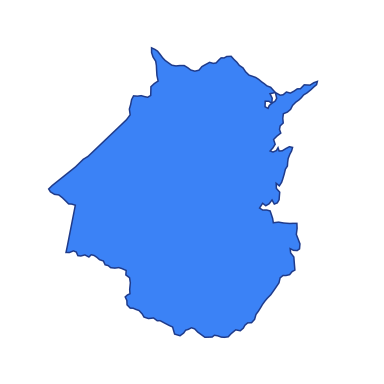 Jacinto Machado, Santa Catarina, Brazil, rotated 171°
{"feature_id": "56859067B27526397401778", "entity_name": "Jacinto Machado", "entity_type": "district", "adm_level": 2, "iso_a3": "BRA", "parent_name": "Brazil", "parent_adm1": "Santa Catarina", "projection": "equal_earth", "projection_center": [-49.876, -29.0], "detail": "fine", "context": "isolated", "style": "filled", "palette": "blue", "viewbox_px": 384, "rotation_deg": 171, "n_neighbors": 0, "source": "geoboundaries", "source_scale": "gbopen_adm2", "svg_char_len": 3128}
<svg xmlns="http://www.w3.org/2000/svg" viewBox="0 0 384 384"><g transform="rotate(171 192 192)"><path d="M325.9,152.0L322.5,151.4L318.3,152.4L315.7,150.8L314.7,147.0L311.8,146.2L307.6,146.6L304.0,143.9L301.3,145.8L298.6,144.6L296.3,142.5L293.9,139.6L290.3,137.7L289.2,133.7L286.2,132.4L284.2,130.0L280.1,128.9L276.2,128.8L273.5,127.5L269.3,124.8L270.3,120.4L267.1,117.1L267.1,112.0L268.8,105.4L269.2,101.2L271.9,100.4L274.4,98.8L273.3,95.1L273.8,90.7L271.2,87.0L268.3,86.4L265.8,84.8L262.8,83.2L260.2,79.2L259.0,76.0L254.8,73.8L249.7,73.6L246.5,70.3L243.6,69.9L239.4,66.7L235.6,63.9L232.3,61.7L231.4,54.4L226.3,51.9L222.3,54.0L219.9,56.5L217.1,56.9L213.8,58.0L210.8,56.4L208.2,52.7L205.4,49.9L202.0,46.5L198.1,46.0L194.8,45.6L192.3,47.0L189.2,46.0L185.8,44.1L182.7,43.4L178.9,43.3L175.6,45.9L170.4,49.0L166.0,47.4L162.6,49.5L160.6,52.1L157.5,54.0L153.6,53.6L150.1,56.4L148.0,61.0L144.9,64.1L142.2,67.2L140.0,69.9L137.1,72.8L134.5,75.1L130.3,78.2L126.3,82.3L122.9,85.9L120.3,88.7L118.4,93.4L115.2,95.3L112.4,94.8L108.5,95.1L105.6,97.7L102.6,98.8L101.6,111.9L104.1,116.4L103.9,120.7L100.9,118.5L97.3,117.7L94.7,119.0L93.5,123.9L94.4,128.2L95.6,133.8L93.9,139.6L93.3,144.6L96.8,145.2L100.3,145.6L106.2,147.0L111.2,148.7L116.5,148.9L116.5,153.3L117.1,157.1L117.8,161.1L121.0,162.5L125.0,163.1L127.8,165.6L124.0,169.8L121.3,166.9L117.7,168.3L114.2,171.6L112.6,167.2L109.5,167.9L107.2,170.7L105.4,178.1L108.1,182.3L107.5,187.4L104.8,184.4L102.0,187.5L100.4,190.5L98.2,195.1L96.2,199.9L93.7,202.7L92.9,206.3L91.8,210.0L89.4,214.1L87.2,217.0L85.7,220.3L88.7,221.5L92.3,220.3L96.4,218.6L99.5,218.8L100.1,222.3L102.2,219.7L105.8,218.8L108.4,220.3L105.2,222.9L102.4,226.1L103.2,231.1L99.4,233.9L95.1,236.3L95.8,240.1L94.6,243.5L91.1,245.9L90.8,250.6L89.5,255.0L85.3,256.0L81.7,258.2L79.1,261.8L75.4,264.5L71.8,266.3L69.3,268.0L66.6,270.4L62.9,271.9L58.6,274.4L55.1,276.8L52.2,278.5L50.9,281.6L54.6,280.9L58.7,279.1L64.4,280.3L68.8,277.0L71.9,277.4L75.4,275.7L79.4,274.3L83.1,276.0L86.8,273.8L89.7,273.8L94.1,277.2L97.9,283.1L101.4,285.1L103.6,287.6L106.0,289.9L108.6,292.9L111.2,295.2L114.7,297.1L117.4,298.5L120.3,302.4L122.2,306.6L125.5,309.7L127.4,313.2L129.8,316.3L132.1,319.9L136.5,320.4L139.3,319.4L142.3,319.9L144.7,318.3L148.0,315.7L150.9,315.7L154.3,317.3L160.0,315.3L162.6,314.3L166.1,311.2L170.3,310.9L174.2,312.7L176.6,315.3L179.9,318.1L184.1,318.8L188.1,319.0L192.1,320.4L194.7,322.9L198.0,326.2L200.1,329.3L201.8,332.6L204.0,336.5L206.4,338.7L209.4,340.7L210.1,336.0L209.4,331.5L207.4,326.8L207.4,322.4L207.9,318.0L208.4,312.6L208.1,306.9L212.3,305.0L216.1,302.4L216.8,298.5L217.7,293.8L221.0,292.5L224.3,293.8L227.1,295.1L230.9,295.2L234.7,296.1L237.2,292.7L238.9,288.0L240.9,283.7L241.0,277.9L245.3,273.7L260.2,263.4L289.0,243.5L294.3,241.3L303.0,235.1L329.0,220.3L333.1,217.4L331.8,214.3L328.2,211.2L324.1,210.0L320.9,206.6L317.7,202.3L315.7,199.5L312.7,198.9L309.3,197.2L323.4,158.6L325.9,152.0ZM94.1,277.2L93.7,271.3L95.6,268.8L99.3,267.1L98.1,272.1L99.6,276.9L94.1,277.2ZM99.3,267.1L102.1,265.4L103.8,262.7L106.5,264.8L105.5,270.2L101.9,269.6L99.3,267.1Z" fill="#3b82f6" stroke="#1e3a8a" stroke-width="1.5"/></g></svg>